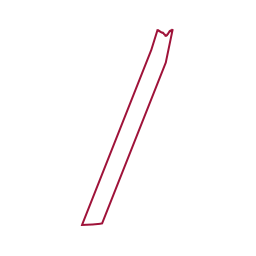 Ngerutoi, Ngardmau, Palau (Mercator projection), rotated 56°
{"feature_id": "81905179B43294852199533", "entity_name": "Ngerutoi", "entity_type": "district", "adm_level": 2, "iso_a3": "PLW", "parent_name": "Palau", "parent_adm1": "Ngardmau", "projection": "mercator", "projection_center": [134.577, 7.597], "detail": "fine", "context": "isolated", "style": "outline", "palette": "rose", "viewbox_px": 256, "rotation_deg": 56, "n_neighbors": 0, "source": "geoboundaries", "source_scale": "gbopen_adm2", "svg_char_len": 737}
<svg xmlns="http://www.w3.org/2000/svg" viewBox="0 0 256 256"><g transform="rotate(56 128 128)"><path d="M192.6,202.8L94.9,60.1L71.1,35.7L71.2,35.9L71.2,36.4L71.4,36.9L71.4,37.4L71.3,37.5L71.1,37.8L71.4,38.3L71.7,38.5L71.4,38.9L71.0,39.1L71.1,39.7L71.5,40.3L71.8,41.2L72.2,42.0L72.5,42.6L72.4,43.1L72.9,43.8L72.9,44.2L72.9,44.8L72.7,45.2L72.5,45.4L71.6,45.2L71.3,45.2L70.9,45.5L70.5,45.6L70.1,45.6L69.6,45.6L69.2,45.6L68.8,45.9L68.5,45.8L68.3,46.0L68.1,46.1L68.0,46.5L67.8,46.6L67.1,47.0L66.6,47.3L66.4,47.2L65.9,47.5L65.7,47.5L65.4,47.8L65.0,47.8L64.9,48.1L64.6,48.1L64.2,48.4L63.9,48.4L63.9,48.5L63.4,48.9L76.2,64.9L182.3,219.8L182.7,220.3L188.2,211.3L191.6,205.1L192.6,202.8Z" fill="none" stroke="#9f1239" stroke-width="2"/></g></svg>